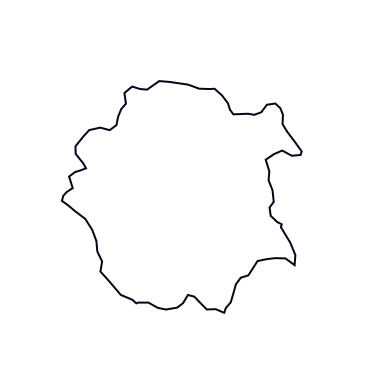 the district of Hässleholm, Skåne, Sweden, rotated 233°
{"feature_id": "70781695B37771083391359", "entity_name": "Hässleholm", "entity_type": "district", "adm_level": 2, "iso_a3": "SWE", "parent_name": "Sweden", "parent_adm1": "Skåne", "projection": "natural_earth1", "projection_center": [13.744, 56.208], "detail": "fine", "context": "isolated", "style": "outline", "palette": "ink", "viewbox_px": 384, "rotation_deg": 233, "n_neighbors": 0, "source": "geoboundaries", "source_scale": "gbopen_adm2", "svg_char_len": 1353}
<svg xmlns="http://www.w3.org/2000/svg" viewBox="0 0 384 384"><g transform="rotate(233 192 192)"><path d="M112.2,244.2L116.7,242.0L125.6,240.5L132.9,244.6L134.9,251.3L144.8,257.3L155.2,260.2L162.0,266.2L173.4,270.3L172.9,280.4L170.8,289.0L160.9,293.5L156.2,301.0L157.4,302.6L158.3,304.0L168.2,304.3L182.8,304.3L191.6,305.1L198.9,311.1L203.9,312.5L205.7,313.0L212.5,311.8L216.6,304.3L214.0,295.4L216.1,288.3L220.8,283.8L226.0,276.3L229.1,271.8L234.8,271.8L241.1,274.1L250.9,274.1L260.8,272.2L263.9,267.7L270.2,259.9L280.1,253.5L293.6,240.1L300.3,232.6L300.8,217.7L305.5,212.5L312.2,207.7L312.2,206.8L311.7,197.6L302.3,192.4L300.8,185.4L296.6,178.3L290.9,172.0L290.9,163.5L298.6,157.5L303.3,147.2L301.7,138.6L298.6,126.4L293.4,122.7L292.4,122.0L280.4,122.4L274.7,121.6L276.3,116.1L278.3,110.5L278.3,103.1L266.9,99.1L267.4,92.0L266.4,86.9L263.2,82.8L256.0,85.0L246.6,87.2L234.7,90.6L221.7,89.5L210.3,86.1L201.5,80.6L190.6,78.4L183.6,71.0L171.4,72.1L152.7,73.2L141.8,79.5L136.6,80.5L136.1,82.4L129.9,90.6L120.0,95.0L113.8,100.5L108.6,110.5L108.6,117.9L112.2,126.8L107.0,130.9L97.6,132.0L89.3,133.1L84.1,140.5L76.3,144.9L76.1,145.1L78.9,149.0L80.6,156.6L85.2,162.8L91.9,171.6L94.2,179.4L91.5,186.8L97.4,202.8L93.3,211.5L89.2,218.5L82.7,226.7L71.8,229.9L79.4,236.6L92.4,240.0L110.3,241.8L112.2,244.2Z" fill="none" stroke="#020617" stroke-width="2"/></g></svg>